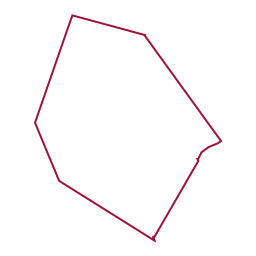 outline of Piton Flore, Castries, Saint Lucia
{"feature_id": "8701671B72718235306176", "entity_name": "Piton Flore", "entity_type": "district", "adm_level": 2, "iso_a3": "LCA", "parent_name": "Saint Lucia", "parent_adm1": "Castries", "projection": "robinson", "projection_center": [-60.943, 13.965], "detail": "fine", "context": "isolated", "style": "outline", "palette": "rose", "viewbox_px": 256, "rotation_deg": 0, "n_neighbors": 0, "source": "geoboundaries", "source_scale": "gbopen_adm2", "svg_char_len": 424}
<svg xmlns="http://www.w3.org/2000/svg" viewBox="0 0 256 256"><path d="M221.0,141.0L146.7,38.3L146.0,37.3L144.8,35.7L145.1,35.1L144.6,35.0L72.4,15.4L70.9,19.5L70.0,21.9L35.5,121.3L35.0,122.7L59.1,180.8L59.3,181.0L154.1,240.4L154.5,240.6L152.8,236.2L154.1,237.4L155.8,234.5L168.7,212.2L198.3,160.9L197.5,159.3L198.0,159.4L201.4,152.4L208.7,147.0L217.8,143.3L221.0,141.0Z" fill="none" stroke="#9f1239" stroke-width="2"/></svg>